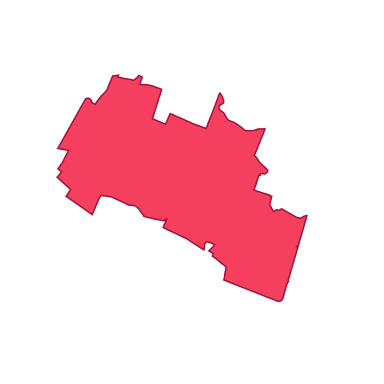 Moara Vlasiei, Ilfov, Romania (Mercator projection), rotated 48°
{"feature_id": "2599482B21816132488062", "entity_name": "Moara Vlasiei", "entity_type": "district", "adm_level": 2, "iso_a3": "ROU", "parent_name": "Romania", "parent_adm1": "Ilfov", "projection": "mercator", "projection_center": [26.22, 44.633], "detail": "fine", "context": "isolated", "style": "filled", "palette": "rose", "viewbox_px": 384, "rotation_deg": 48, "n_neighbors": 0, "source": "geoboundaries", "source_scale": "gbopen_adm2", "svg_char_len": 5975}
<svg xmlns="http://www.w3.org/2000/svg" viewBox="0 0 384 384"><g transform="rotate(48 192 192)"><path d="M287.2,123.6L286.4,122.4L286.0,123.1L285.4,124.1L285.2,124.8L284.9,125.1L284.8,125.4L284.8,125.8L284.5,127.1L284.3,128.0L284.3,128.6L283.9,129.3L283.6,129.6L282.8,129.7L282.4,130.0L281.5,131.0L269.0,135.2L267.6,135.6L265.6,136.3L264.3,136.8L264.3,137.2L264.2,138.3L264.0,139.0L263.9,139.2L263.9,139.3L261.6,141.4L261.5,141.6L261.4,143.3L261.3,143.6L261.1,144.0L260.7,144.7L258.7,144.0L256.5,143.5L255.0,143.0L253.9,142.7L253.1,142.2L252.6,141.6L251.5,139.9L250.6,138.6L249.3,136.8L248.5,136.0L248.5,135.9L248.5,135.7L246.6,136.8L246.4,136.3L245.1,137.1L231.9,144.8L228.5,137.9L228.2,138.1L224.4,130.9L225.3,130.2L224.4,129.1L224.5,128.8L224.6,128.2L224.8,128.0L225.3,127.5L225.9,127.1L226.4,126.7L227.0,126.2L227.2,125.9L227.6,124.4L227.6,123.5L227.6,123.0L227.6,122.4L227.3,121.9L226.9,121.6L226.4,121.2L225.5,121.1L222.0,121.3L219.6,121.7L218.1,121.7L216.6,121.8L216.1,121.9L215.2,121.9L214.0,121.8L211.7,121.3L209.3,121.0L208.0,121.1L206.5,121.2L205.8,119.6L204.6,117.0L202.9,113.5L202.3,112.3L201.5,110.8L200.9,109.4L199.9,107.5L199.2,106.2L198.5,104.6L197.6,102.8L196.8,101.0L195.8,99.1L194.3,96.1L193.7,95.5L193.3,96.1L192.8,96.9L192.2,97.5L191.7,98.0L191.4,98.4L190.4,99.5L189.7,100.3L189.3,101.3L188.6,102.3L189.1,102.4L187.5,105.1L183.7,109.8L183.1,110.3L182.0,111.1L180.9,111.5L179.7,111.8L178.6,111.8L175.6,112.3L173.6,112.8L172.6,113.0L171.9,113.3L171.3,113.5L170.3,113.6L168.8,114.0L164.9,116.0L163.4,116.6L162.4,116.9L161.3,117.0L156.8,116.0L156.4,115.8L155.9,115.7L155.1,115.5L154.7,115.5L153.6,115.5L151.3,116.1L150.2,116.2L148.6,116.1L147.9,115.9L147.4,115.5L146.8,114.9L146.3,114.3L146.3,113.4L146.5,112.2L146.7,110.8L146.9,109.2L146.6,108.6L146.0,107.9L145.1,107.2L142.7,106.2L141.3,105.7L139.3,105.2L137.6,105.0L137.0,105.3L138.0,107.2L140.3,111.6L140.9,112.7L141.4,113.7L142.1,115.0L142.6,115.7L143.1,116.9L143.4,117.5L145.7,122.0L147.2,125.0L148.9,128.4L150.2,131.0L151.3,133.3L151.4,133.1L152.0,134.2L151.9,134.4L154.2,139.0L146.5,143.1L143.0,144.9L142.8,145.1L126.5,152.4L126.3,152.5L119.2,155.7L119.1,155.8L119.9,157.5L120.4,158.7L121.3,160.6L122.4,163.0L123.9,166.3L117.2,169.5L113.3,171.3L111.1,172.4L110.0,170.5L108.5,168.1L106.6,164.8L105.6,163.2L102.6,158.0L102.1,157.1L99.4,152.7L99.3,152.2L98.6,151.0L96.3,147.3L95.6,146.0L95.4,145.9L94.5,146.3L89.4,149.0L88.0,149.7L86.3,150.8L86.3,150.7L85.8,151.0L84.4,152.0L83.5,152.6L83.1,153.0L82.6,153.4L81.5,154.3L80.7,155.1L79.7,156.1L77.3,158.9L76.2,157.1L74.5,154.4L73.8,152.9L73.7,152.4L73.6,152.2L73.3,152.1L72.2,152.5L71.5,152.8L70.4,153.3L69.8,153.5L69.7,153.8L69.8,154.0L70.1,155.2L70.2,155.6L70.3,156.3L70.2,156.9L70.1,157.4L70.1,157.9L70.1,159.6L70.1,160.0L69.9,160.5L69.6,160.8L69.0,161.2L68.0,161.9L66.9,162.7L64.9,164.3L62.4,166.3L61.4,167.0L59.5,168.4L59.0,168.8L58.7,169.0L58.1,169.5L57.5,170.0L57.2,170.1L56.8,169.6L56.0,168.4L52.7,173.4L59.5,187.6L60.0,195.2L59.9,195.2L61.3,202.8L62.2,205.2L58.4,206.5L58.2,206.7L57.7,206.8L57.6,206.3L57.3,205.9L56.1,205.5L55.3,205.4L54.5,205.5L53.0,206.1L52.3,207.1L51.5,208.5L53.8,215.4L68.4,258.2L69.7,262.0L69.8,262.6L78.5,255.9L78.6,256.2L79.7,259.0L80.0,259.6L80.6,261.3L83.9,269.9L83.9,270.0L83.7,270.4L84.3,272.8L85.1,276.2L89.8,275.4L90.6,281.2L90.8,282.4L105.2,280.8L105.7,280.8L107.1,280.6L108.8,280.5L109.7,283.7L111.1,288.5L114.3,287.7L131.8,283.6L136.7,282.5L138.1,282.2L142.1,281.3L135.2,266.8L135.1,266.4L134.7,265.3L134.2,263.9L133.6,262.1L133.6,261.9L133.8,261.8L134.3,261.4L134.8,261.0L135.1,260.8L135.6,260.4L137.6,258.5L141.9,255.1L154.6,249.6L159.4,247.9L159.8,247.5L162.6,244.7L163.3,244.1L164.0,243.7L165.1,243.3L166.0,243.1L166.6,243.0L169.7,242.9L169.8,242.9L170.7,243.0L171.7,243.3L172.4,243.4L173.9,243.4L175.3,243.5L176.6,243.6L176.9,243.8L177.6,244.1L178.5,243.7L179.5,243.2L180.4,242.5L182.1,241.3L183.4,240.3L185.3,238.9L185.4,239.1L186.7,238.2L188.3,236.9L193.1,233.3L194.6,232.2L194.7,231.6L194.7,230.0L194.8,228.8L195.2,228.8L195.4,229.1L198.9,237.1L199.6,237.0L205.6,234.6L206.4,234.3L211.4,232.1L214.6,230.8L215.8,230.3L219.7,228.7L222.9,227.3L223.0,227.2L223.5,227.1L232.3,224.9L234.6,224.2L238.7,223.1L240.3,222.7L242.3,222.1L242.9,221.9L243.1,221.6L242.4,220.7L241.7,219.9L241.2,219.5L239.8,218.1L239.4,217.6L239.1,216.6L238.9,215.9L238.8,215.1L238.8,214.6L238.9,214.3L239.1,214.1L239.5,213.8L240.3,213.4L241.3,212.8L242.4,212.1L243.3,211.6L244.6,211.1L245.6,210.8L246.4,210.5L246.5,211.0L246.6,211.9L246.8,214.9L246.9,216.3L246.9,218.0L247.0,218.9L252.3,217.4L253.2,219.8L254.6,219.5L256.2,219.1L257.7,218.8L259.4,218.5L261.1,218.3L263.6,218.0L264.5,217.8L266.1,217.5L267.5,217.2L268.4,217.1L268.8,217.0L269.4,217.0L269.7,216.9L270.3,216.8L270.7,216.9L271.9,218.5L272.1,218.7L272.2,218.8L272.4,219.0L272.6,219.2L272.7,219.6L273.3,220.4L273.5,220.8L274.0,221.3L274.4,221.7L275.2,222.7L275.4,223.0L276.5,224.2L277.0,224.8L277.6,225.5L277.8,225.7L278.0,226.1L278.5,227.1L278.6,227.3L280.1,226.5L281.6,225.8L284.3,224.5L285.7,223.7L287.0,223.1L288.8,222.2L290.7,221.3L292.1,220.6L294.7,219.3L298.6,217.3L301.1,216.1L306.1,213.6L306.8,213.2L309.8,211.7L311.6,210.9L312.1,210.6L313.4,209.9L314.5,209.4L314.8,209.2L315.2,209.0L316.1,208.6L317.1,208.1L317.7,207.8L319.3,207.0L320.3,206.5L321.2,206.1L322.0,205.6L324.0,204.7L324.5,204.4L325.4,203.9L326.3,203.5L326.9,203.2L328.3,202.5L328.7,202.3L329.9,201.7L330.2,201.5L330.4,201.4L330.8,201.1L331.2,200.9L331.6,200.4L331.9,200.0L332.2,199.2L332.3,198.9L332.5,198.1L332.4,197.1L332.1,196.3L331.4,195.0L330.6,193.7L328.6,190.5L326.2,186.7L325.2,185.0L324.2,183.5L323.6,182.3L323.2,181.6L323.0,180.7L323.1,180.1L322.5,180.2L321.6,178.9L319.5,175.5L316.9,171.4L312.4,164.1L311.2,162.1L310.3,160.7L308.8,158.3L307.6,156.3L306.9,155.2L305.5,153.0L304.1,150.6L302.7,151.0L302.5,150.1L303.5,149.8L302.9,148.7L300.2,144.4L299.4,143.1L298.2,141.1L296.8,138.9L294.7,135.5L291.1,129.8L289.9,127.9L287.2,123.6Z" fill="#f43f5e" stroke="#9f1239" stroke-width="1.5"/></g></svg>